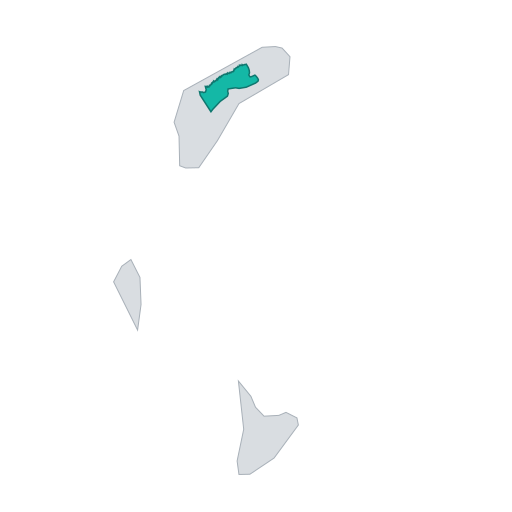 location of Itsandra-Hamanvou, Andjazîdja, Comoros, rotated 56°
{"feature_id": "10938185B82482804134728", "entity_name": "Itsandra-Hamanvou", "entity_type": "district", "adm_level": 2, "iso_a3": "COM", "parent_name": "Comoros", "parent_adm1": "Andjazîdja", "projection": "mercator", "projection_center": [43.266, -11.611], "detail": "fine", "context": "in_parent", "style": "filled", "palette": "teal", "viewbox_px": 512, "rotation_deg": 56, "n_neighbors": 0, "source": "geoboundaries", "source_scale": "gbopen_adm2", "svg_char_len": 3875}
<svg xmlns="http://www.w3.org/2000/svg" viewBox="0 0 512 512"><g transform="rotate(56 256 256)"><path d="M143.7,265.1L138.5,268.8L113.6,252.8L99.3,249.1L78.4,223.4L86.4,134.2L93.2,122.8L98.2,118.1L109.8,116.4L123.8,127.6L120.1,184.9L138.8,223.5L150.8,254.1L143.7,265.1ZM419.8,315.4L433.6,354.0L433.5,383.1L427.6,392.3L415.4,386.3L392.8,363.1L349.8,340.5L369.5,338.7L381.1,341.0L393.3,338.9L400.9,326.2L402.4,318.6L413.1,312.6L419.8,315.4ZM231.9,378.4L251.2,395.6L197.8,388.5L189.4,373.0L189.0,361.7L208.9,364.2L231.9,378.4Z" fill="#d9dde1" stroke="#a8b0b8" stroke-width="1"/><path d="M111.3,155.5L109.8,155.2L107.6,155.3L105.8,155.6L105.4,155.8L104.9,158.9L104.4,160.5L104.1,160.8L102.4,160.8L101.8,160.7L101.3,159.9L100.4,158.9L98.3,157.8L95.9,157.1L95.0,157.0L91.6,156.8L91.5,157.4L91.4,157.5L91.2,157.7L91.2,157.9L91.1,158.0L90.9,158.3L90.9,158.5L90.9,158.8L90.8,159.0L90.7,159.3L90.7,159.5L90.4,159.8L90.3,160.1L90.1,160.3L90.0,160.6L89.9,160.6L90.0,160.7L89.9,160.8L89.8,161.1L89.7,161.3L89.8,161.4L89.7,161.5L89.8,161.5L89.7,161.6L89.7,161.8L89.6,162.0L89.3,162.3L89.3,162.5L89.1,162.7L89.1,162.8L89.0,163.0L89.0,163.4L88.9,163.4L89.0,163.5L89.1,163.8L89.2,164.1L89.3,164.3L89.3,164.5L89.3,164.8L89.3,165.0L89.3,165.3L89.3,165.5L89.2,165.5L89.3,165.6L89.2,165.7L89.1,165.8L89.1,166.0L89.1,166.3L89.0,166.5L88.9,166.6L88.9,166.8L89.0,167.1L88.9,167.3L89.0,167.5L89.1,167.8L89.0,168.0L89.2,168.3L89.1,168.5L89.2,168.8L89.2,169.1L89.2,169.3L89.2,169.5L89.3,169.8L89.2,169.8L89.4,170.0L89.5,170.3L89.5,170.5L89.8,170.7L90.0,170.6L90.2,170.8L90.2,171.0L90.1,171.3L90.2,171.5L90.3,171.6L90.4,171.8L90.2,172.0L89.9,172.5L90.0,172.7L90.0,173.0L89.9,173.1L89.9,173.3L89.7,173.5L89.7,173.8L89.6,174.0L89.8,174.3L89.7,174.4L89.8,174.5L89.7,174.6L89.8,174.6L89.7,174.8L89.7,175.0L89.6,175.5L89.4,175.7L89.3,175.9L89.1,176.4L89.1,176.5L88.9,176.7L89.0,176.7L88.9,176.8L88.9,177.1L88.7,177.4L88.7,177.5L88.8,177.6L88.7,177.6L88.8,177.7L88.9,177.9L88.8,178.0L88.8,178.5L88.7,178.5L88.3,178.8L88.4,179.1L88.4,179.4L88.4,179.5L88.2,179.5L88.1,179.8L88.1,180.0L87.9,180.2L87.8,180.3L87.7,180.5L87.6,180.8L87.6,181.0L87.5,181.3L87.6,181.5L87.6,181.8L87.6,182.0L87.5,182.3L87.5,182.5L87.7,183.0L87.4,183.2L87.4,183.3L87.5,183.4L87.4,183.5L87.5,183.6L87.4,183.8L87.4,184.0L87.5,184.1L87.6,184.3L87.8,184.4L87.8,184.6L87.7,184.7L87.8,184.7L87.8,184.8L88.0,184.8L88.0,185.0L87.9,185.1L87.7,185.2L87.8,185.3L87.7,185.4L87.8,185.4L87.9,185.6L87.8,185.8L88.0,186.0L87.9,186.1L87.8,186.3L87.6,186.4L87.7,186.6L87.6,186.8L87.5,187.0L87.4,187.0L87.5,187.2L87.4,187.3L87.5,187.4L87.4,187.6L87.5,187.7L87.6,187.8L87.5,188.0L87.6,188.3L87.8,188.4L87.7,188.5L87.8,188.7L87.7,188.8L87.9,188.8L88.0,188.9L88.3,189.2L88.2,189.2L88.1,189.3L88.0,189.6L88.0,189.8L88.0,190.0L88.0,190.3L88.0,190.5L87.9,190.5L88.1,190.9L88.2,191.1L88.1,191.3L88.3,191.5L88.3,191.8L88.1,192.0L88.0,192.3L88.1,192.5L88.0,192.8L87.8,192.8L87.8,193.1L87.5,193.2L87.7,193.3L87.6,193.6L87.8,193.6L87.7,193.7L87.6,193.8L87.8,194.1L87.7,194.2L87.8,194.3L87.9,194.5L87.8,194.8L87.8,195.0L88.0,195.1L88.0,195.3L88.2,195.5L87.9,195.8L88.0,195.9L87.9,196.1L88.0,196.3L88.0,196.5L88.3,196.6L88.5,196.7L88.8,196.8L88.8,197.0L88.8,197.4L88.8,197.6L88.8,197.8L88.8,198.3L88.9,198.5L88.6,198.5L88.5,199.1L88.9,199.3L89.0,199.4L89.0,199.9L89.1,200.1L89.1,200.3L89.1,200.5L88.9,200.7L89.0,200.7L88.9,200.8L89.1,201.0L89.2,201.3L89.1,201.5L88.9,201.8L88.7,201.6L88.3,201.8L88.2,201.8L88.1,202.0L87.9,201.9L87.9,202.3L87.8,202.5L87.7,202.5L87.6,202.4L87.5,202.5L87.3,202.8L87.3,203.0L87.1,203.2L90.3,204.3L91.8,206.2L91.2,208.1L90.3,208.5L90.2,208.7L90.0,208.8L89.4,209.8L89.2,210.0L88.8,210.4L88.5,210.9L88.3,211.0L91.5,212.3L111.2,212.7L110.2,209.7L107.8,199.2L107.5,190.3L105.7,188.1L103.6,187.4L101.9,185.7L105.1,178.9L107.6,176.3L110.6,169.7L112.4,159.6L112.2,156.6L111.3,155.5Z" fill="#14b8a6" stroke="#0f766e" stroke-width="1.5"/></g></svg>